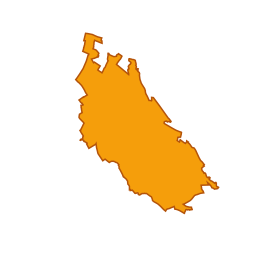 the district of Boghis, Salaj, Romania, rotated 239°
{"feature_id": "2599482B63349683739439", "entity_name": "Boghis", "entity_type": "district", "adm_level": 2, "iso_a3": "ROU", "parent_name": "Romania", "parent_adm1": "Salaj", "projection": "equal_earth", "projection_center": [22.749, 47.16], "detail": "fine", "context": "isolated", "style": "filled", "palette": "amber", "viewbox_px": 256, "rotation_deg": 239, "n_neighbors": 0, "source": "geoboundaries", "source_scale": "gbopen_adm2", "svg_char_len": 5803}
<svg xmlns="http://www.w3.org/2000/svg" viewBox="0 0 256 256"><g transform="rotate(239 128 128)"><path d="M93.1,168.3L95.1,170.3L96.1,171.1L96.7,171.6L96.8,171.6L98.8,169.9L101.5,167.9L105.5,165.6L112.4,161.8L113.6,161.4L114.6,162.3L114.6,162.9L114.4,163.6L114.4,163.9L114.1,164.3L114.1,164.5L113.7,164.7L113.2,164.7L112.9,164.8L112.9,165.1L113.0,165.4L112.7,165.8L112.4,166.6L112.2,166.8L111.4,167.0L111.1,167.4L111.1,167.6L111.5,168.3L115.0,167.9L115.5,167.6L131.0,166.4L141.0,165.4L142.1,164.0L139.7,162.7L139.3,162.4L139.2,162.2L139.3,162.0L140.2,161.2L140.8,160.2L141.8,160.4L143.9,160.7L146.4,160.9L147.2,160.8L147.5,161.0L148.3,160.9L150.3,161.6L150.9,162.0L153.1,162.5L154.2,162.5L158.4,162.4L160.1,162.5L161.6,162.9L163.6,163.3L167.4,165.0L168.7,166.0L169.9,166.2L170.5,165.9L171.0,165.8L172.1,166.1L172.7,166.4L173.5,167.2L173.9,166.9L173.9,166.7L173.8,166.4L173.0,165.7L173.4,165.7L173.7,165.4L174.3,165.2L175.4,165.9L176.1,166.7L176.9,167.0L177.6,166.9L178.4,167.8L179.5,168.2L181.7,168.8L182.2,169.1L183.6,168.2L184.7,166.8L185.4,166.3L185.7,165.8L186.5,165.2L186.8,164.6L186.0,163.8L185.5,163.5L184.9,163.4L184.0,163.8L183.0,164.2L182.7,164.2L182.2,164.0L181.4,162.7L181.6,162.1L180.7,160.0L179.8,159.7L179.6,159.8L178.5,159.4L178.6,159.0L178.1,158.9L177.9,158.6L178.0,158.0L178.0,157.8L177.5,157.5L173.9,156.4L173.5,156.1L188.4,150.9L189.4,152.7L190.1,154.5L190.4,155.0L191.0,157.0L191.6,158.1L192.7,159.8L192.9,159.8L196.6,158.1L196.3,157.3L196.5,156.8L196.5,156.2L195.9,155.3L195.6,155.2L195.4,155.0L195.6,154.7L196.1,153.3L196.5,152.6L198.5,151.1L200.6,149.7L201.7,150.0L202.0,149.8L202.3,149.4L201.9,149.0L200.6,148.4L197.9,146.1L196.9,145.6L196.1,145.5L195.9,145.6L193.6,142.0L192.0,139.9L191.6,139.1L191.6,138.6L191.5,138.3L189.9,136.2L188.7,134.1L189.7,133.7L191.1,132.9L193.3,132.0L193.7,132.6L195.5,136.1L201.8,133.1L201.7,132.1L205.9,132.2L205.4,134.1L205.1,134.9L204.7,137.6L204.9,138.3L204.2,138.7L204.9,140.0L205.2,140.1L205.9,139.8L206.8,141.3L207.1,141.5L211.0,140.9L212.0,140.3L213.9,138.8L215.1,140.3L215.5,140.6L216.0,140.7L217.3,141.9L217.8,142.2L219.2,143.2L219.5,143.7L220.4,144.6L218.4,146.0L217.7,146.6L216.1,147.7L214.0,149.4L216.1,150.5L216.6,150.0L216.9,150.1L218.1,151.1L218.7,151.9L221.8,148.9L224.0,147.3L226.4,145.7L229.7,142.1L231.0,140.4L225.6,135.1L224.8,136.3L224.5,136.1L222.8,134.5L221.6,133.6L221.2,133.0L220.9,132.8L220.5,132.4L220.2,132.2L220.0,131.6L219.6,131.4L219.1,130.9L218.9,130.8L217.0,128.7L211.6,132.5L210.9,131.7L211.0,131.4L210.8,131.1L207.7,127.7L206.8,126.7L202.1,120.2L199.4,114.9L197.1,109.9L196.4,108.1L194.7,108.5L193.8,108.6L192.0,109.3L188.4,110.1L186.4,110.2L183.3,110.2L180.0,109.9L177.3,110.1L177.3,105.7L177.6,105.7L177.2,100.4L176.3,100.6L175.0,100.6L173.2,101.0L173.0,101.3L172.9,101.4L172.4,101.2L171.0,101.5L170.9,101.4L170.9,101.1L171.3,100.1L171.4,99.4L171.5,99.3L170.2,98.8L170.0,98.5L168.7,98.2L168.5,97.9L167.5,97.6L166.7,97.2L164.8,96.6L164.9,95.8L164.8,95.4L164.8,93.5L163.2,92.1L162.1,91.4L160.2,91.6L156.6,92.5L155.1,92.8L154.7,92.7L154.3,91.9L152.3,88.9L151.2,87.1L150.9,86.8L150.7,86.7L150.7,85.6L148.4,85.5L144.2,85.6L143.9,85.3L143.7,84.7L143.4,84.5L143.1,84.4L143.0,84.2L142.6,84.1L142.5,83.7L142.0,83.2L142.5,82.3L142.6,81.9L142.6,81.6L142.2,80.7L141.9,80.8L141.8,81.1L141.9,82.3L140.6,83.4L140.3,83.6L139.7,83.6L139.2,83.3L137.9,84.3L137.1,84.7L136.4,85.1L135.6,84.9L135.6,84.3L130.7,84.0L130.7,85.8L130.7,88.6L130.7,92.0L131.0,92.5L127.3,90.9L124.0,89.9L122.3,89.3L121.3,89.1L112.9,89.5L113.1,92.3L108.1,94.2L108.1,95.7L108.0,96.5L107.7,97.2L106.8,98.6L105.7,99.4L104.6,100.0L104.0,100.7L103.4,100.9L101.5,101.3L101.3,100.7L101.2,100.6L99.3,100.5L98.4,99.7L97.9,99.6L97.2,99.7L95.2,99.6L90.8,99.3L88.8,98.9L88.6,98.9L88.6,99.2L87.7,99.3L85.4,100.1L82.8,100.3L81.3,99.6L79.9,99.0L78.2,99.3L77.1,99.1L74.3,97.4L74.0,98.3L73.2,97.8L72.8,98.7L72.5,99.7L68.5,100.3L68.2,100.5L67.5,102.8L67.2,103.0L66.6,103.1L66.1,102.7L65.7,102.7L64.9,103.1L64.6,103.5L64.5,104.5L64.5,104.9L64.7,105.2L64.6,106.2L63.7,107.8L63.5,108.5L63.0,108.9L62.5,109.9L62.2,110.2L58.2,111.9L57.0,112.6L54.4,112.2L53.7,111.8L52.7,111.8L51.6,112.2L47.9,114.3L46.9,114.7L44.0,115.6L39.6,116.6L37.4,117.4L38.1,118.6L38.4,120.0L38.2,120.3L37.7,121.9L37.5,123.7L37.0,126.6L37.0,127.1L34.2,126.4L33.6,127.3L31.9,128.8L30.3,129.9L25.8,132.3L25.9,132.6L26.7,133.3L27.4,134.6L28.2,135.6L28.2,135.9L27.5,136.7L27.0,137.0L26.9,137.8L26.4,138.4L25.9,138.6L26.0,139.1L25.9,139.3L25.6,139.6L25.6,140.0L25.1,140.6L25.0,140.9L25.1,141.1L25.3,141.2L26.2,141.1L27.4,141.6L27.8,141.1L28.6,139.8L30.5,137.9L31.4,137.2L34.2,136.1L34.0,137.0L33.8,141.0L33.8,144.1L34.2,145.9L35.8,150.2L35.8,150.6L35.7,151.7L35.3,153.0L34.8,156.0L34.5,157.0L33.4,159.5L35.2,159.9L35.9,159.7L38.1,159.7L38.4,160.1L41.3,161.2L37.6,167.8L39.1,167.9L40.1,168.1L38.0,168.8L35.8,169.2L34.9,169.3L33.7,169.1L33.3,169.3L32.9,169.8L32.3,170.2L31.1,170.6L30.9,171.2L30.4,172.2L30.2,172.9L30.0,173.3L29.9,173.7L30.5,175.1L31.1,174.8L32.0,174.0L32.4,173.9L33.8,174.4L35.2,175.3L36.0,175.3L36.3,174.8L35.9,174.2L35.9,173.8L37.0,173.5L37.3,173.3L38.5,172.9L39.4,172.4L40.2,171.7L40.5,171.8L41.9,171.1L42.1,171.1L42.7,171.5L42.8,172.4L43.0,172.7L43.6,172.6L44.1,172.3L44.3,172.0L44.0,171.6L44.0,171.4L44.2,171.0L44.4,170.8L45.0,170.5L45.4,170.4L45.9,170.5L46.4,170.4L48.7,171.0L49.0,171.0L49.7,170.9L50.0,170.7L50.0,169.9L51.9,169.9L53.1,169.6L54.9,170.0L55.2,170.2L55.6,170.8L55.8,170.9L56.1,173.7L57.2,173.5L57.3,174.5L59.1,174.3L60.7,174.1L62.7,173.5L63.3,173.5L66.1,173.6L73.2,174.4L74.3,174.5L76.7,174.4L77.4,173.8L78.3,172.9L79.1,172.8L81.4,172.7L82.9,172.5L84.5,171.9L84.8,172.5L86.7,171.7L85.9,171.1L85.2,169.3L86.8,168.4L91.1,166.7L89.5,164.9L90.1,164.5L92.0,163.7L92.5,164.4L94.3,165.9L93.4,168.0L93.2,168.1L93.1,168.3Z" fill="#f59e0b" stroke="#b45309" stroke-width="1.5"/></g></svg>